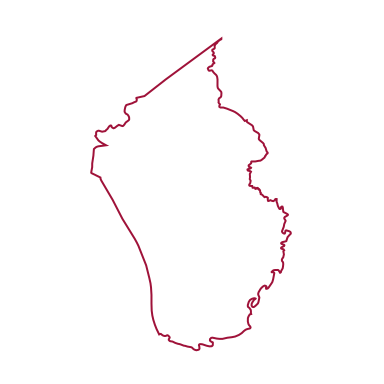 San Miguelito, Panama (Natural Earth projection), rotated 98°
{"feature_id": "35544464B70550696695084", "entity_name": "San Miguelito", "entity_type": "district", "adm_level": 2, "iso_a3": "PAN", "parent_name": "Panama", "parent_adm1": "", "projection": "natural_earth1", "projection_center": [-79.491, 9.058], "detail": "fine", "context": "isolated", "style": "outline", "palette": "rose", "viewbox_px": 384, "rotation_deg": 98, "n_neighbors": 0, "source": "geoboundaries", "source_scale": "gbopen_adm2", "svg_char_len": 6009}
<svg xmlns="http://www.w3.org/2000/svg" viewBox="0 0 384 384"><g transform="rotate(98 192 192)"><path d="M217.8,89.1L217.3,90.3L216.9,93.1L217.0,93.7L217.3,94.0L219.8,94.2L220.1,94.3L220.4,94.9L220.1,95.9L219.5,96.8L218.9,97.2L218.4,97.4L217.9,97.3L213.7,96.3L210.9,96.2L207.7,95.3L207.2,95.4L205.6,96.8L205.1,97.0L204.6,97.0L203.8,96.6L202.0,94.3L201.5,93.9L201.2,93.8L200.8,94.1L200.4,94.9L199.8,96.5L199.3,98.1L198.9,98.8L198.3,99.0L194.8,99.9L193.9,100.4L193.9,101.0L194.4,101.6L195.1,101.8L195.9,101.7L196.4,101.9L196.6,102.7L196.4,103.2L195.5,103.9L193.7,105.1L191.4,106.0L189.8,106.9L187.2,107.2L187.2,107.9L187.5,108.5L188.9,109.2L189.7,110.2L189.7,111.3L189.2,113.3L190.1,114.6L190.3,115.3L189.9,115.6L189.4,115.8L188.0,116.1L187.4,116.0L187.1,116.2L186.7,117.0L186.5,118.3L187.0,119.5L184.9,122.2L184.7,122.8L184.6,123.6L184.3,123.8L183.3,123.7L182.6,124.5L181.8,124.6L180.8,124.9L180.4,125.4L180.4,125.9L179.8,126.0L179.7,127.0L179.2,127.1L178.9,127.3L178.8,127.8L179.0,128.4L180.0,129.1L180.1,129.4L179.9,129.9L179.3,129.9L178.9,130.5L178.9,131.1L179.4,132.2L179.3,132.6L177.7,133.2L177.9,135.4L177.7,136.0L177.3,136.3L176.5,136.3L175.7,135.8L175.1,135.6L172.9,135.5L172.5,135.6L171.2,136.6L169.2,136.6L166.4,137.2L165.8,137.2L163.7,136.4L163.3,137.0L163.0,139.6L162.6,140.0L162.1,140.2L161.8,140.1L160.7,137.7L160.2,137.1L159.8,136.9L159.5,137.3L159.2,139.0L158.2,139.6L157.5,139.5L157.0,138.9L155.4,137.5L154.9,137.4L154.0,137.6L153.5,137.3L153.0,133.7L151.9,130.5L151.4,128.6L150.5,127.5L147.7,124.9L146.4,124.7L145.8,124.1L145.2,124.0L144.2,123.5L143.3,122.6L143.0,122.5L142.4,122.6L142.0,123.2L141.1,123.9L138.2,125.2L135.7,127.3L134.7,127.5L134.3,127.7L133.5,128.6L131.2,132.3L130.4,133.1L129.7,133.3L126.2,133.2L125.6,133.4L124.4,134.7L122.9,138.4L122.4,139.2L122.1,139.5L118.9,140.6L118.3,141.0L117.5,142.0L115.2,147.0L114.6,147.5L113.3,147.7L114.3,149.6L113.3,150.8L111.7,152.4L110.2,154.4L108.2,157.7L106.9,160.4L106.2,162.5L104.6,169.0L104.0,172.7L104.4,175.5L104.1,176.3L103.8,176.8L102.9,176.9L101.3,176.5L100.3,177.7L99.6,178.2L98.4,178.2L96.9,178.6L95.6,178.3L94.2,176.9L93.5,176.5L92.7,176.4L90.1,176.6L89.0,176.9L88.5,177.3L85.9,180.5L85.2,181.0L83.6,181.5L77.0,182.4L74.6,183.1L73.5,183.7L72.7,184.4L71.4,186.3L70.1,187.8L69.0,188.7L68.8,189.2L68.8,189.7L69.5,191.6L69.5,192.0L69.2,192.5L67.6,193.5L66.8,193.3L65.6,192.2L64.4,189.7L63.9,189.4L63.1,189.5L62.6,189.3L61.2,187.8L60.9,187.9L59.9,189.2L58.0,189.4L57.2,189.1L56.4,187.9L55.9,187.7L55.6,187.7L54.3,188.3L54.1,188.9L53.9,190.1L53.6,190.5L53.1,190.6L52.3,190.0L51.4,189.7L50.7,190.1L49.5,191.5L48.8,191.7L48.2,191.6L48.0,191.3L47.0,189.9L46.6,189.6L45.9,189.6L44.2,189.9L43.1,189.6L41.9,188.9L40.9,187.9L39.3,187.2L37.6,185.6L36.7,184.3L36.5,184.2L35.9,184.3L84.3,233.8L103.6,252.4L106.5,260.1L107.1,260.1L107.9,259.6L108.8,259.5L109.6,259.6L110.2,260.0L111.2,261.8L112.4,263.5L115.0,269.1L116.4,269.7L117.4,269.9L120.2,270.1L121.9,269.9L122.6,269.4L123.6,268.5L124.3,266.6L125.3,265.6L126.7,264.7L128.7,264.3L129.7,264.6L132.4,267.3L134.7,268.4L135.9,269.2L136.3,269.7L136.4,270.2L135.7,273.8L136.9,275.2L139.2,277.4L139.8,278.5L139.5,279.5L139.1,280.2L138.7,280.7L137.8,281.0L137.5,281.3L137.4,281.6L137.6,282.2L138.6,283.2L141.5,284.6L142.5,285.6L143.3,286.0L143.8,286.5L144.8,289.4L144.3,292.5L144.3,293.1L144.6,293.8L145.1,294.5L145.8,295.1L146.3,295.2L147.7,295.1L148.8,294.8L150.0,295.6L153.8,292.0L154.7,290.7L155.9,288.3L157.7,283.6L159.8,291.1L160.2,292.0L160.7,292.9L161.4,293.7L163.1,295.1L163.7,295.1L169.8,294.7L177.5,294.8L181.3,294.3L185.5,294.5L186.9,294.5L187.3,294.1L190.4,284.7L191.9,284.3L193.3,283.4L210.8,269.5L228.2,257.2L246.3,242.2L249.9,239.5L252.7,237.6L271.0,227.2L283.1,222.3L288.2,220.4L292.2,219.3L299.6,217.8L308.1,216.6L315.1,215.4L319.8,214.1L324.0,212.5L328.6,210.3L332.5,208.1L337.6,204.7L337.0,203.9L336.9,203.1L337.6,201.9L338.1,200.9L338.3,200.1L338.4,199.0L338.2,198.0L337.3,196.6L337.4,195.8L338.3,194.5L339.0,193.9L339.6,193.9L341.0,194.5L341.7,194.4L342.3,193.8L342.7,193.1L342.8,192.2L342.8,190.5L343.8,187.5L344.3,184.7L344.3,183.7L344.5,182.2L345.3,178.8L345.3,177.4L345.7,174.9L345.8,171.3L346.1,170.3L347.4,168.6L347.9,167.1L348.1,165.7L347.5,164.0L347.0,163.2L346.7,163.0L346.1,162.8L345.5,162.9L343.9,163.3L342.8,163.8L342.1,163.7L341.6,163.1L341.4,162.0L341.4,160.4L342.2,156.1L342.4,153.5L342.4,152.9L342.0,151.1L341.5,150.5L340.7,150.1L338.2,150.4L337.9,150.7L337.7,151.9L336.7,153.5L336.3,153.6L335.2,153.7L333.8,152.7L333.4,151.5L333.7,147.0L333.6,144.2L333.2,141.4L331.4,136.7L330.2,132.2L329.1,129.1L327.0,125.6L324.8,123.1L322.5,121.3L321.1,119.9L320.4,118.9L319.7,117.4L319.3,116.2L318.9,115.5L318.3,115.2L317.8,115.2L317.0,115.7L315.8,117.1L314.8,117.8L312.4,118.7L309.1,119.1L307.3,118.7L305.2,117.8L304.6,116.4L303.7,116.8L301.6,117.1L300.5,117.5L298.8,119.1L298.0,120.5L297.4,120.8L296.2,121.0L293.0,120.5L291.0,119.6L290.0,118.5L289.3,117.5L288.7,116.1L288.5,115.2L288.6,114.5L288.7,114.2L289.0,114.3L290.2,115.6L292.9,116.9L294.2,117.3L295.5,117.3L296.3,117.1L296.8,116.7L297.3,116.2L297.4,115.7L297.4,115.1L297.1,114.5L295.9,113.3L293.6,111.5L292.8,111.1L291.8,110.9L287.3,110.6L286.7,110.8L284.5,112.1L283.5,112.3L282.0,112.1L278.8,110.8L277.6,110.1L275.8,108.7L275.0,107.7L274.6,107.0L274.7,105.9L275.3,105.1L275.6,105.1L276.6,105.5L277.5,105.1L277.5,104.7L277.0,103.6L275.9,102.8L271.3,100.5L269.9,99.9L267.1,99.5L260.9,99.2L260.5,99.5L260.2,100.0L260.3,101.9L260.1,102.0L259.9,101.9L258.6,100.9L258.1,100.2L257.7,98.9L257.3,96.5L257.3,95.8L257.6,95.3L259.7,93.5L259.5,93.2L259.0,92.8L257.7,92.7L255.1,91.6L253.2,91.5L250.8,91.6L249.4,91.9L248.8,92.2L247.7,93.3L246.7,93.6L245.2,93.3L244.2,92.6L241.0,92.3L237.9,93.3L236.9,92.6L236.0,93.4L235.7,95.5L235.4,95.9L235.0,96.0L234.7,95.9L234.3,95.6L232.7,93.3L232.0,93.1L231.7,93.2L231.4,93.6L230.9,96.0L230.6,96.5L230.2,96.6L229.6,96.2L229.1,95.6L227.8,92.3L227.5,91.8L223.5,91.1L221.6,89.9L219.8,88.6L219.5,88.4L218.8,88.5L218.3,88.7L217.8,89.1Z" fill="none" stroke="#9f1239" stroke-width="2"/></g></svg>